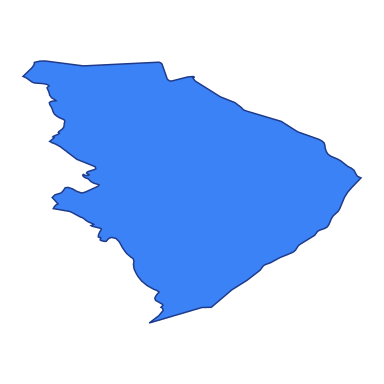 North Karelia, Equal Earth projection
{"feature_id": "FIN-3190", "entity_name": "North Karelia", "entity_type": "Province", "adm_level": 1, "iso_a3": "FIN", "parent_name": "Finland", "parent_adm1": "", "projection": "equal_earth", "projection_center": [29.553, 62.804], "detail": "fine", "context": "isolated", "style": "filled", "palette": "blue", "viewbox_px": 384, "rotation_deg": 0, "n_neighbors": 0, "source": "natural_earth", "source_scale": "10m", "svg_char_len": 2625}
<svg xmlns="http://www.w3.org/2000/svg" viewBox="0 0 384 384"><path d="M194.7,77.1L192.8,77.8L195.0,80.9L220.3,96.8L234.9,102.6L241.3,107.5L243.4,109.8L246.3,111.0L281.3,121.4L297.6,131.8L319.0,139.4L321.8,140.9L324.1,142.9L324.9,145.4L325.1,147.6L325.8,150.2L326.9,152.6L328.2,154.4L331.0,156.3L337.6,159.1L340.7,160.8L347.6,166.3L350.1,167.6L351.4,168.2L354.1,170.4L355.6,173.4L357.4,176.3L361.0,177.9L351.7,187.6L347.7,192.2L344.5,197.3L339.7,208.8L338.0,211.5L333.4,215.6L331.5,218.4L329.0,224.3L327.3,226.9L325.0,228.3L319.4,230.3L317.7,231.3L316.6,232.6L314.7,235.3L299.6,244.6L298.2,245.9L295.6,250.0L293.9,251.6L292.0,252.7L279.9,257.6L270.4,262.8L266.4,264.2L264.5,265.0L263.1,266.1L260.2,270.1L246.9,280.4L231.9,289.8L211.3,307.3L211.2,307.3L201.9,307.5L149.2,323.0L158.8,315.7L163.1,310.5L162.6,308.3L160.9,307.3L163.0,305.3L162.3,304.2L155.6,300.4L154.8,298.3L155.4,296.8L156.7,294.7L159.1,292.1L156.7,290.4L153.6,289.2L147.2,285.6L141.8,281.2L138.1,276.6L136.2,273.4L134.1,269.0L133.4,264.1L134.0,261.7L133.2,258.6L131.1,257.3L127.1,253.9L125.4,251.9L122.6,247.9L119.2,241.7L115.9,238.4L111.5,237.4L108.8,238.4L106.6,240.8L106.3,241.3L104.6,241.4L101.2,240.6L100.2,240.0L100.2,239.7L100.8,237.8L100.5,237.5L99.3,237.4L98.6,237.1L98.3,237.0L98.4,235.4L98.8,234.2L99.7,232.0L100.8,230.2L101.5,229.4L100.8,228.4L92.0,226.2L91.0,225.6L93.7,224.4L92.7,223.7L88.3,221.9L85.6,220.2L84.8,219.3L82.3,217.6L80.4,217.0L71.2,212.1L69.4,211.4L53.3,208.6L54.4,206.6L55.7,205.2L56.4,204.7L58.0,203.9L52.2,197.5L55.0,194.8L60.7,193.1L62.6,191.5L65.3,187.7L68.1,187.4L72.6,188.9L76.9,191.4L81.6,193.0L85.0,192.2L98.2,186.2L99.0,184.7L93.8,183.2L90.8,181.5L88.3,178.9L85.1,177.7L83.4,176.5L82.7,175.3L83.3,174.4L84.1,174.8L85.8,175.5L87.7,175.5L88.7,175.3L89.1,174.7L88.6,174.4L86.9,173.4L86.5,173.1L87.2,172.0L88.5,171.4L94.5,169.5L95.8,168.8L95.2,166.7L76.8,159.3L60.3,146.7L55.4,144.0L52.2,142.8L49.7,141.4L53.8,138.1L54.1,137.3L52.8,136.9L53.4,136.3L58.9,133.9L59.4,133.2L59.1,133.0L58.3,132.4L58.7,131.7L62.2,129.1L63.4,127.7L64.0,126.2L64.3,123.4L64.5,122.4L64.9,121.3L64.0,119.7L59.4,117.7L56.6,116.0L54.4,114.1L53.0,111.5L52.1,108.7L50.8,106.1L49.9,104.9L49.3,102.7L50.3,101.8L52.4,101.1L54.8,100.9L56.0,100.7L54.3,99.3L51.7,97.9L49.7,95.2L48.9,92.0L47.0,87.9L48.6,86.1L49.0,85.9L47.8,84.8L46.1,84.2L43.0,83.6L34.6,83.0L32.1,82.1L26.3,77.9L23.0,76.4L31.8,67.9L33.3,65.9L34.1,64.6L34.3,62.9L34.4,62.4L40.0,61.1L45.5,61.0L83.4,65.9L158.8,62.2L160.5,62.7L162.0,64.0L167.2,78.9L168.0,79.8L169.6,80.9L170.4,81.0L172.2,80.9L187.5,77.0L193.0,76.5L194.6,77.1L194.7,77.1Z" fill="#3b82f6" stroke="#1e3a8a" stroke-width="1.5"/></svg>